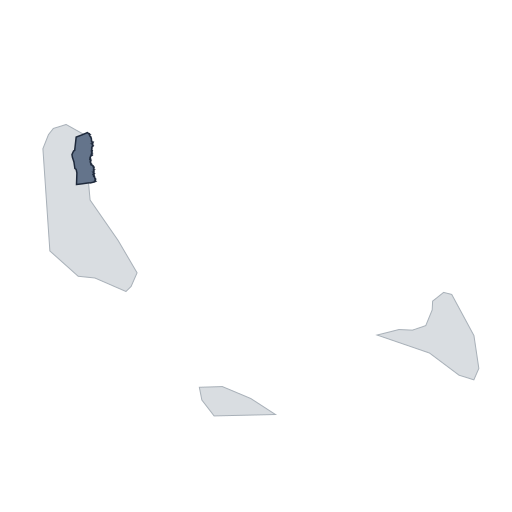 location of Hamahamet-Mboinkou, Andjazîdja, Comoros, rotated 351°
{"feature_id": "10938185B70444296254874", "entity_name": "Hamahamet-Mboinkou", "entity_type": "district", "adm_level": 2, "iso_a3": "COM", "parent_name": "Comoros", "parent_adm1": "Andjazîdja", "projection": "orthographic", "projection_center": [43.406, -11.482], "detail": "fine", "context": "in_parent", "style": "filled", "palette": "slate", "viewbox_px": 512, "rotation_deg": 351, "n_neighbors": 0, "source": "geoboundaries", "source_scale": "gbopen_adm2", "svg_char_len": 4283}
<svg xmlns="http://www.w3.org/2000/svg" viewBox="0 0 512 512"><g transform="rotate(351 256 256)"><path d="M127.9,266.5L122.0,270.7L93.4,252.5L77.2,248.2L53.2,218.8L62.3,116.7L70.0,103.7L75.8,98.3L89.0,96.4L105.2,109.2L100.9,174.8L122.2,219.0L135.9,254.0L127.9,266.5ZM443.3,324.6L458.8,368.7L458.5,401.9L451.8,412.4L437.9,405.5L412.2,379.0L363.2,353.0L385.7,351.0L398.9,353.7L412.8,351.3L421.6,336.8L423.4,328.2L435.6,321.3L443.3,324.6ZM228.6,396.0L250.4,415.6L189.6,407.4L180.0,389.8L179.5,376.8L202.3,379.7L228.6,396.0Z" fill="#d9dde1" stroke="#a8b0b8" stroke-width="1"/><path d="M108.8,157.5L108.7,157.5L108.8,157.3L109.0,157.2L108.9,157.1L109.0,157.1L108.9,157.0L108.7,156.8L108.8,156.7L108.7,156.6L108.8,156.5L109.2,156.1L109.0,155.9L109.3,155.5L109.1,155.5L109.1,155.4L109.3,154.8L109.2,154.8L109.1,154.7L109.1,154.4L108.9,154.3L108.9,154.2L109.0,153.7L109.0,153.4L109.0,153.2L108.9,153.2L108.7,152.8L108.7,152.7L108.8,152.6L108.9,152.4L108.8,152.2L108.5,152.1L108.4,152.0L108.3,151.9L108.1,151.9L108.1,151.7L108.3,151.6L108.5,151.5L108.5,151.4L108.3,151.3L108.3,151.2L108.5,151.2L108.4,151.0L108.5,150.9L108.4,150.8L108.5,150.8L108.5,150.7L108.6,150.3L108.5,150.2L108.4,150.1L108.7,150.1L108.7,149.9L108.6,149.7L108.7,149.8L108.8,149.7L108.6,149.7L108.8,149.5L108.8,149.4L108.9,149.2L108.7,149.0L108.6,148.9L108.8,148.8L108.8,148.5L108.8,148.4L108.7,148.4L108.9,148.3L108.8,148.1L108.5,148.0L108.4,148.0L108.4,147.9L108.5,147.8L108.4,147.7L108.7,147.7L108.8,147.4L109.0,147.4L109.2,147.2L109.1,146.9L109.0,146.7L108.9,146.4L108.9,146.1L109.0,146.0L109.3,146.0L109.5,145.8L109.4,145.8L109.3,145.6L109.1,145.5L109.1,145.3L109.3,145.2L109.3,144.7L109.2,144.6L109.5,144.2L109.7,143.8L109.8,143.7L109.8,143.4L109.9,143.2L109.8,142.9L109.7,142.9L109.8,142.7L109.7,142.6L109.5,142.1L109.3,141.7L109.1,141.8L109.1,141.7L108.9,141.2L108.7,140.9L108.4,140.6L108.2,140.4L107.6,140.4L107.4,140.2L107.5,139.8L107.4,139.7L107.5,139.6L107.8,139.3L107.7,139.2L107.3,139.0L107.3,138.8L107.4,138.6L107.3,138.4L107.3,138.2L107.2,138.2L107.0,137.9L107.2,137.6L107.2,137.4L107.3,137.3L107.3,137.2L107.2,137.2L107.2,136.9L107.1,136.6L107.4,136.4L107.4,136.2L107.7,136.1L107.5,135.8L107.6,135.7L107.7,135.4L107.6,135.2L107.4,135.0L107.4,134.9L107.5,134.9L107.4,134.8L107.2,134.9L107.0,134.7L107.2,134.4L107.1,134.2L107.3,133.6L107.3,133.4L107.5,133.4L107.6,133.2L107.8,133.3L107.8,133.2L107.7,132.5L107.9,132.1L108.0,132.0L108.4,131.6L108.4,131.4L108.5,131.4L108.8,131.3L108.9,131.2L109.0,131.2L109.3,131.1L109.1,131.0L109.2,130.9L109.4,130.9L109.2,130.9L109.5,130.6L109.4,130.5L109.4,130.4L109.5,130.4L109.8,130.3L109.7,130.2L109.5,129.9L109.3,129.7L109.5,129.6L109.5,129.4L109.8,129.1L110.0,129.0L109.9,128.9L110.1,128.7L109.9,128.6L109.9,128.4L110.0,128.4L110.2,128.5L110.3,128.5L110.2,128.3L109.8,128.2L110.1,128.2L110.1,127.9L109.9,127.7L110.0,127.3L110.2,127.2L110.0,126.9L110.3,126.7L110.1,126.6L110.2,126.4L110.1,126.2L110.3,126.1L110.2,126.0L110.2,125.9L110.4,125.8L110.3,125.7L110.3,125.3L110.3,125.2L110.5,124.9L110.6,124.7L110.7,124.3L110.9,124.4L110.7,124.3L110.8,124.2L110.6,123.6L110.7,123.2L110.8,122.7L111.2,122.5L111.4,122.6L111.5,122.5L111.7,122.3L111.8,122.3L111.9,122.2L112.0,122.1L111.8,121.8L111.8,121.7L111.7,121.7L111.7,121.4L111.8,121.2L111.9,121.3L112.0,121.3L112.3,121.2L112.0,120.9L111.9,120.8L111.8,120.6L112.0,120.5L112.1,120.3L112.1,120.1L112.2,119.9L111.9,119.7L112.0,119.7L112.2,119.2L112.3,119.1L112.4,118.9L112.5,118.7L112.4,118.6L112.5,118.5L112.4,118.5L112.5,118.4L112.6,118.2L112.7,117.9L112.4,117.8L112.4,117.6L112.3,117.8L112.2,117.9L111.9,117.8L111.6,117.5L111.5,117.3L111.5,117.0L111.7,116.8L111.6,116.7L111.5,116.1L111.6,115.9L111.7,114.9L111.8,114.7L111.7,114.5L111.7,114.4L111.6,114.1L111.7,113.6L111.6,113.4L111.4,113.1L111.4,112.8L111.2,112.5L111.4,112.4L111.3,112.2L111.2,112.1L111.0,111.9L110.8,111.6L110.6,111.0L110.4,110.3L110.4,110.1L110.5,109.8L110.6,109.7L110.8,109.7L110.6,109.5L110.6,109.3L110.5,109.1L110.4,109.1L110.2,109.1L109.9,109.0L109.9,108.9L109.7,108.8L109.2,108.2L108.8,107.8L108.7,107.7L107.4,108.1L102.4,109.3L97.0,110.4L93.4,123.4L92.3,123.7L90.1,127.0L90.1,129.7L90.9,134.7L90.8,141.2L91.9,142.3L92.1,145.9L89.9,157.3L95.8,157.5L102.5,157.6L103.9,157.9L108.8,157.5Z" fill="#64748b" stroke="#1e293b" stroke-width="1.5"/></g></svg>